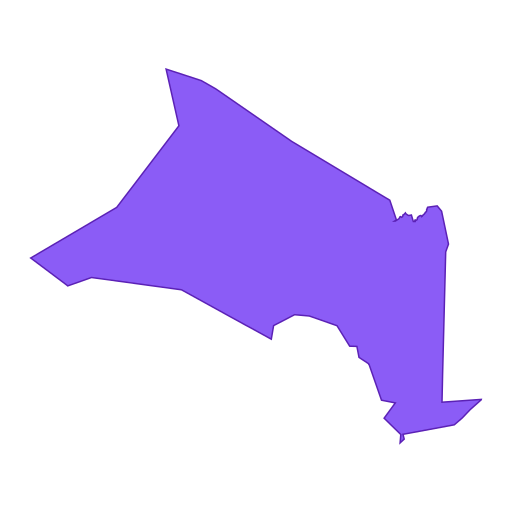 Jones, North Carolina, United States of America
{"feature_id": "52423323B45605902717918", "entity_name": "Jones", "entity_type": "district", "adm_level": 2, "iso_a3": "USA", "parent_name": "United States of America", "parent_adm1": "North Carolina", "projection": "orthographic", "projection_center": [-77.17, 35.012], "detail": "fine", "context": "isolated", "style": "filled", "palette": "violet", "viewbox_px": 512, "rotation_deg": 0, "n_neighbors": 0, "source": "geoboundaries", "source_scale": "gbopen_adm2", "svg_char_len": 2259}
<svg xmlns="http://www.w3.org/2000/svg" viewBox="0 0 512 512"><path d="M30.7,258.0L66.8,285.1L67.7,285.9L91.5,277.5L181.5,289.8L231.0,317.1L245.9,325.3L248.4,326.6L271.3,339.2L273.6,325.6L294.6,314.7L309.3,316.0L337.0,325.7L349.7,346.2L356.9,346.4L359.0,357.4L368.7,363.8L368.7,364.0L368.7,364.3L368.9,364.5L369.1,364.6L381.5,400.2L395.3,402.9L384.1,418.2L400.8,434.5L400.1,442.9L404.2,439.1L403.0,434.3L454.3,424.8L462.3,417.9L470.2,409.6L481.2,399.8L481.3,399.4L442.0,402.2L442.4,384.3L442.6,374.3L445.7,251.9L448.5,244.1L441.6,211.2L437.2,205.9L427.7,207.2L427.6,207.3L427.5,207.5L427.4,207.8L427.3,208.0L427.3,208.3L427.2,208.4L427.2,208.5L427.0,208.8L427.0,209.0L426.9,209.0L426.7,209.4L426.7,209.6L426.7,209.9L426.6,210.0L426.7,210.3L426.6,210.5L426.6,210.8L426.6,211.0L426.5,211.3L426.4,211.5L426.2,211.6L426.0,211.8L425.9,211.9L425.9,212.0L425.7,212.1L425.5,212.4L425.4,212.4L425.3,212.7L425.2,212.8L425.0,213.0L424.9,213.1L424.8,213.3L424.7,213.3L424.6,213.5L424.5,213.8L424.4,213.9L424.3,214.0L424.2,214.1L424.0,214.3L423.9,214.3L423.6,214.6L423.4,214.8L423.1,215.0L422.9,215.1L422.8,215.4L422.7,215.6L422.5,215.8L422.4,216.0L422.2,216.3L421.8,216.3L421.8,216.5L421.7,216.6L421.6,216.4L421.6,216.2L421.4,216.1L421.2,216.0L421.2,215.9L421.1,215.7L421.2,215.8L421.2,215.7L420.9,215.5L420.7,215.6L420.4,215.6L420.2,215.6L419.8,215.8L419.7,215.8L419.4,216.0L419.1,216.2L419.0,216.3L418.9,216.3L418.7,216.6L418.4,216.7L418.3,216.8L418.2,216.9L418.1,217.0L417.9,217.2L417.8,217.4L417.7,217.4L417.6,217.5L417.5,217.8L417.4,218.1L417.3,218.3L417.4,218.5L417.3,218.8L417.3,219.0L417.2,219.1L417.1,219.4L417.1,219.6L416.9,219.8L416.7,220.0L416.4,220.2L416.2,220.2L415.9,220.2L415.7,220.2L415.4,220.0L415.3,219.9L415.2,219.9L415.0,220.0L414.9,220.1L414.9,220.3L414.9,220.5L414.8,220.8L415.0,220.9L415.2,221.0L415.3,221.1L415.5,221.2L415.6,221.4L415.8,221.5L413.3,221.5L411.4,215.0L408.8,215.5L407.7,215.1L405.7,213.6L405.4,212.9L403.7,214.7L403.0,214.9L402.6,216.7L401.4,217.3L400.7,216.6L400.0,216.8L399.0,218.7L395.3,221.1L394.5,221.1L396.4,219.9L389.8,200.2L375.7,191.8L291.7,141.4L290.0,140.2L215.8,88.9L201.3,80.6L167.6,69.6L166.1,69.1L178.9,125.8L131.2,188.4L124.7,196.9L116.7,207.4L30.7,258.0Z" fill="#8b5cf6" stroke="#5b21b6" stroke-width="1.5"/></svg>